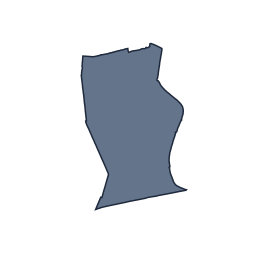 the district of Hon Dat, Kiên Giang, Vietnam, rotated 233°
{"feature_id": "81297802B18356226761800", "entity_name": "Hon Dat", "entity_type": "district", "adm_level": 2, "iso_a3": "VNM", "parent_name": "Vietnam", "parent_adm1": "Kiên Giang", "projection": "mercator", "projection_center": [104.972, 10.238], "detail": "fine", "context": "isolated", "style": "filled", "palette": "slate", "viewbox_px": 256, "rotation_deg": 233, "n_neighbors": 0, "source": "geoboundaries", "source_scale": "gbopen_adm2", "svg_char_len": 5576}
<svg xmlns="http://www.w3.org/2000/svg" viewBox="0 0 256 256"><g transform="rotate(233 128 128)"><path d="M77.1,66.6L71.0,79.5L68.1,85.9L65.0,92.2L61.6,99.2L60.4,102.5L57.2,108.5L56.4,109.9L56.2,110.5L56.1,110.9L55.9,111.6L55.7,111.8L49.6,124.1L46.7,130.2L43.6,136.4L43.5,136.7L43.4,136.9L43.4,137.1L43.5,137.5L43.7,137.3L44.2,136.9L44.4,136.8L44.6,136.6L44.9,136.5L45.2,136.2L45.6,136.0L46.0,135.7L46.3,135.6L46.5,135.5L47.1,135.1L47.6,134.8L47.8,134.7L48.0,134.6L48.2,134.4L48.4,134.2L50.9,133.0L52.1,132.4L52.8,132.2L53.4,132.0L53.8,131.9L54.1,131.8L54.6,131.8L55.2,131.8L56.5,131.9L57.0,131.9L57.7,132.0L58.9,132.3L59.0,132.3L59.1,132.5L61.8,133.3L64.4,134.0L64.9,134.2L65.5,134.3L67.1,134.9L68.5,135.6L70.8,136.9L71.0,136.9L71.3,137.0L71.6,137.0L71.9,137.2L71.9,137.3L71.7,137.8L71.8,138.1L72.0,138.3L74.2,139.4L75.3,140.0L76.2,140.6L77.1,141.0L77.3,141.2L78.6,142.2L78.9,142.5L80.3,143.7L81.1,144.6L81.4,144.8L81.6,145.1L82.6,146.0L82.8,146.2L83.1,146.5L83.3,146.8L83.9,147.6L84.5,148.4L85.0,149.1L85.5,149.7L86.4,150.7L87.4,152.1L88.7,153.9L88.9,154.3L89.1,154.6L89.5,154.9L90.2,155.8L90.7,156.6L91.3,157.4L92.9,159.8L94.0,161.3L94.2,161.6L94.9,162.6L95.1,162.8L95.5,163.1L95.8,163.2L96.0,163.2L96.1,163.3L96.1,163.5L95.9,163.8L95.7,164.1L95.6,164.3L95.7,164.7L97.1,166.5L97.7,167.3L98.4,168.3L98.8,169.3L99.1,169.8L99.6,170.6L99.8,170.9L100.2,171.6L100.5,172.0L102.0,174.9L102.0,175.0L101.9,175.2L101.9,175.3L102.0,175.5L102.4,175.8L102.6,175.8L102.8,175.8L102.9,176.0L102.9,176.3L103.3,176.5L103.5,176.8L104.0,177.5L105.0,178.9L105.1,179.0L106.1,180.4L106.5,180.8L107.1,181.2L107.7,181.9L108.5,182.5L109.1,182.9L110.0,183.4L110.8,183.8L111.7,184.1L112.4,184.4L113.5,184.5L115.0,184.6L116.7,184.5L118.3,184.3L119.7,184.1L120.8,183.9L121.6,183.7L123.8,183.1L127.5,182.2L127.9,182.1L128.5,181.9L128.9,181.9L131.2,181.4L133.2,180.8L134.7,180.6L136.4,180.2L137.4,180.2L137.9,180.1L138.9,180.0L139.5,179.9L140.5,179.9L141.6,179.8L142.6,179.8L143.1,179.9L143.7,180.0L144.2,180.2L145.1,180.3L145.8,180.4L146.4,180.5L147.0,180.5L147.4,180.5L147.6,180.4L147.8,180.1L148.0,180.0L148.3,179.9L148.6,179.8L148.8,179.9L149.0,180.0L149.4,180.4L149.8,180.9L149.9,181.1L150.0,181.5L150.7,182.2L151.2,182.7L152.2,183.9L152.5,184.2L152.9,184.6L154.0,185.6L155.1,186.6L155.6,187.3L156.1,187.6L156.8,188.4L157.9,189.5L158.8,190.5L159.3,191.0L159.9,191.6L160.4,192.0L160.7,192.3L161.0,192.6L161.3,192.9L161.6,193.1L161.8,193.4L162.2,193.8L162.5,194.2L163.1,194.8L163.6,195.3L163.9,195.7L164.2,196.1L164.5,196.3L164.9,196.7L165.2,197.0L165.5,197.3L165.9,197.8L166.3,198.2L166.7,198.6L167.1,199.1L167.5,199.6L167.8,199.8L168.0,200.0L168.3,200.4L168.5,200.6L168.7,200.8L168.9,200.9L169.1,201.0L169.4,201.5L169.5,201.6L169.7,201.9L170.1,202.1L170.6,202.5L170.9,202.8L171.1,202.9L172.0,202.5L176.1,200.5L179.2,198.8L180.5,197.9L181.2,197.5L181.6,197.2L181.9,196.8L182.0,196.5L182.1,196.3L181.5,195.7L181.1,195.3L180.8,194.9L180.7,194.8L180.4,194.6L180.1,194.4L179.9,194.3L179.9,194.2L180.0,193.9L180.1,193.6L180.1,192.9L180.2,192.7L180.2,192.4L180.3,192.0L180.4,191.8L180.5,191.6L180.6,191.4L180.8,191.3L181.3,191.2L181.5,191.0L181.5,190.9L181.5,190.7L181.3,190.3L181.2,190.0L181.1,189.8L181.1,189.6L181.1,189.4L181.2,189.1L181.4,188.9L181.7,188.6L182.1,188.1L182.3,187.9L182.4,187.7L182.5,187.2L182.8,186.8L183.0,186.5L183.2,186.1L183.2,185.3L183.3,184.7L183.4,184.4L183.7,183.7L184.2,182.8L185.3,180.6L186.2,179.1L186.6,178.2L187.0,177.5L187.2,177.0L187.3,176.2L187.6,175.3L187.8,174.6L188.0,174.1L188.6,174.2L189.6,174.6L190.7,175.1L191.6,175.7L191.8,175.3L192.2,174.4L192.6,173.8L192.8,173.2L193.0,172.5L193.1,172.1L193.5,171.0L193.7,170.5L194.2,169.7L194.6,168.9L194.7,168.6L194.7,168.3L194.7,168.1L194.8,167.9L195.0,167.6L195.3,167.2L195.6,166.5L196.0,165.4L196.9,163.3L197.0,162.8L197.0,162.6L197.1,162.4L197.2,162.2L197.3,161.9L197.5,161.7L197.8,161.2L197.8,160.7L197.9,160.4L198.1,160.0L198.6,159.2L198.7,158.8L198.8,158.5L199.0,158.2L199.2,157.8L199.2,157.5L199.3,157.2L199.3,156.9L199.5,156.5L199.9,155.8L200.2,155.1L200.6,154.5L200.8,153.9L201.1,153.4L201.8,151.9L202.4,151.0L202.8,150.4L202.9,150.1L203.0,149.8L202.9,149.2L203.3,148.5L203.9,147.2L204.4,146.0L205.1,144.5L205.5,143.8L205.9,143.0L209.5,138.9L211.9,136.1L212.6,135.3L212.3,135.0L211.0,133.8L209.7,132.7L208.4,131.5L208.1,131.2L207.0,130.3L206.6,129.9L205.8,129.2L205.5,128.9L205.1,128.5L204.9,128.4L204.5,128.2L204.1,128.2L203.9,128.1L203.0,127.2L202.5,126.7L202.0,126.1L201.5,125.6L201.3,125.4L200.9,125.0L200.3,124.4L199.6,123.9L199.0,123.3L198.6,123.0L198.5,122.8L198.3,122.7L198.2,122.5L198.2,122.4L198.0,122.2L197.2,121.8L196.3,121.3L195.4,120.7L195.0,120.5L193.9,119.9L192.8,119.2L192.3,119.0L191.8,118.6L191.1,118.3L187.7,116.2L186.6,115.6L185.2,114.8L183.7,113.9L182.1,113.0L181.3,112.6L180.6,112.2L179.1,111.3L178.0,110.6L177.9,110.5L177.6,110.4L176.5,109.7L175.4,109.0L174.6,108.5L173.5,107.9L173.2,107.7L172.8,107.5L172.7,107.5L170.9,106.4L169.5,105.6L168.3,104.8L165.8,103.3L162.7,101.5L161.9,101.0L159.7,99.7L159.2,99.4L158.6,99.0L158.7,98.8L159.0,98.4L158.4,98.0L157.7,97.7L155.1,96.9L154.6,96.8L153.3,96.5L152.1,96.3L151.0,96.1L147.8,95.3L145.9,94.9L144.5,94.6L144.1,94.4L141.0,93.7L139.0,93.3L137.0,92.8L135.9,92.5L133.4,92.0L129.9,91.1L126.4,90.3L122.9,89.5L119.6,88.7L116.6,88.0L113.0,87.2L110.6,86.6L107.3,85.8L103.9,85.0L103.5,84.8L102.4,84.2L101.0,82.3L98.6,79.1L96.6,76.5L94.7,74.0L92.9,71.5L90.9,68.9L90.5,68.4L88.2,65.4L88.4,65.3L89.1,64.6L88.4,63.4L87.0,61.0L85.8,58.9L82.4,53.1L81.7,55.4L81.0,57.4L80.6,58.6L80.0,60.2L77.1,66.6Z" fill="#64748b" stroke="#1e293b" stroke-width="1.5"/></g></svg>